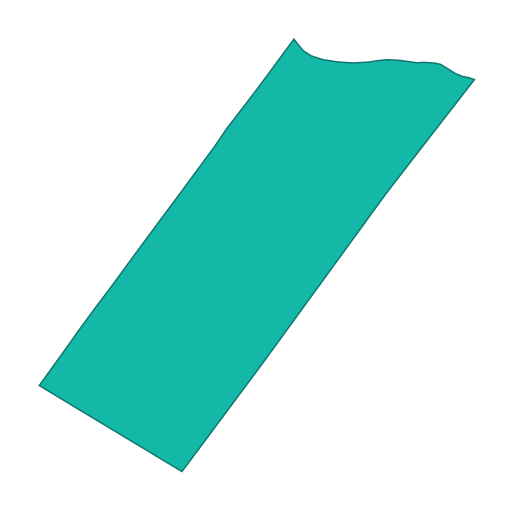 Videle, Teleorman, Romania, rotated 182°
{"feature_id": "2599482B29791980403734", "entity_name": "Videle", "entity_type": "district", "adm_level": 2, "iso_a3": "ROU", "parent_name": "Romania", "parent_adm1": "Teleorman", "projection": "natural_earth1", "projection_center": [25.476, 44.223], "detail": "fine", "context": "isolated", "style": "filled", "palette": "teal", "viewbox_px": 512, "rotation_deg": 182, "n_neighbors": 0, "source": "geoboundaries", "source_scale": "gbopen_adm2", "svg_char_len": 736}
<svg xmlns="http://www.w3.org/2000/svg" viewBox="0 0 512 512"><g transform="rotate(182 256 256)"><path d="M225.7,474.0L229.3,468.8L244.7,446.3L249.1,439.8L260.8,422.8L273.5,404.9L289.5,382.6L300.8,364.6L313.9,345.4L334.5,315.3L343.0,303.0L353.4,288.0L366.7,268.6L376.1,254.9L385.4,241.2L400.2,219.4L416.1,196.7L431.5,174.1L434.6,169.3L448.2,148.7L458.2,133.8L463.1,126.4L467.3,120.1L468.1,119.0L426.2,95.6L322.5,38.0L305.9,61.9L245.8,148.8L128.2,322.9L93.5,371.2L43.9,439.9L49.5,441.6L56.7,442.9L63.5,445.5L78.0,453.9L83.9,455.0L94.7,455.4L101.8,454.7L118.8,456.5L130.6,456.8L139.4,455.8L150.2,453.7L166.3,452.3L181.1,452.8L195.8,454.5L208.0,458.0L216.1,462.9L225.7,474.0Z" fill="#14b8a6" stroke="#0f766e" stroke-width="1.5"/></g></svg>